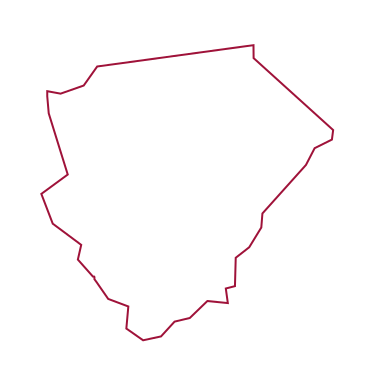 Greene, North Carolina, United States of America (Natural Earth projection), rotated 81°
{"feature_id": "52423323B20033821816181", "entity_name": "Greene", "entity_type": "district", "adm_level": 2, "iso_a3": "USA", "parent_name": "United States of America", "parent_adm1": "North Carolina", "projection": "natural_earth1", "projection_center": [-77.628, 35.5], "detail": "fine", "context": "isolated", "style": "outline", "palette": "rose", "viewbox_px": 384, "rotation_deg": 81, "n_neighbors": 0, "source": "geoboundaries", "source_scale": "gbopen_adm2", "svg_char_len": 632}
<svg xmlns="http://www.w3.org/2000/svg" viewBox="0 0 384 384"><g transform="rotate(81 192 192)"><path d="M330.8,263.5L329.8,245.2L317.3,229.5L316.1,213.9L302.1,193.9L307.3,174.0L292.6,173.7L291.7,164.3L263.8,159.1L255.5,144.1L237.9,129.1L224.2,125.8L183.1,75.2L167.9,64.0L162.1,45.6L152.9,42.9L69.4,110.2L56.6,108.3L56.3,121.3L53.2,266.0L69.9,282.3L74.3,306.4L69.8,319.2L74.8,320.0L91.9,321.2L134.1,315.1L155.3,312.0L170.3,341.1L201.5,334.5L226.9,309.7L240.9,315.3L260.0,303.1L260.3,301.8L260.9,301.7L262.9,302.0L266.0,300.4L284.5,291.5L295.1,272.8L316.6,278.2L330.8,263.5Z" fill="none" stroke="#9f1239" stroke-width="2"/></g></svg>